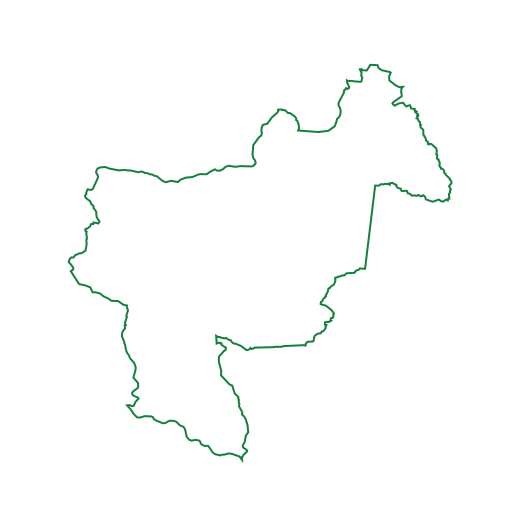 outline of Limon Indanza, Morona Santiago, Ecuador, rotated 277°
{"feature_id": "8360857B43814367991628", "entity_name": "Limon Indanza", "entity_type": "district", "adm_level": 2, "iso_a3": "ECU", "parent_name": "Ecuador", "parent_adm1": "Morona Santiago", "projection": "robinson", "projection_center": [-78.303, -3.052], "detail": "fine", "context": "isolated", "style": "outline", "palette": "green", "viewbox_px": 512, "rotation_deg": 277, "n_neighbors": 0, "source": "geoboundaries", "source_scale": "gbopen_adm2", "svg_char_len": 6049}
<svg xmlns="http://www.w3.org/2000/svg" viewBox="0 0 512 512"><g transform="rotate(277 256 256)"><path d="M56.7,256.2L54.9,264.2L51.8,267.1L54.8,266.6L55.8,267.4L57.0,267.7L60.8,270.9L61.8,270.9L62.6,270.1L64.2,266.8L65.2,266.0L67.7,266.4L69.8,267.4L76.5,267.8L80.1,269.8L87.0,268.2L93.0,265.6L95.6,263.4L97.0,261.4L99.3,261.4L105.0,257.3L106.8,257.6L109.8,256.4L111.0,256.6L112.4,255.7L113.7,255.8L117.0,251.6L124.5,248.2L125.3,245.4L133.2,235.9L138.0,235.4L146.3,232.1L151.2,231.5L153.2,232.3L153.9,233.2L157.7,235.6L158.9,237.3L161.3,237.3L163.3,233.3L164.2,232.2L164.9,232.4L165.6,231.6L165.1,229.9L165.3,228.6L164.4,227.6L171.9,226.2L171.0,228.2L171.2,229.9L170.6,231.5L170.4,235.0L171.0,236.2L170.7,237.1L169.6,238.8L169.2,241.4L168.0,242.1L166.5,244.2L166.4,246.6L165.0,251.8L161.4,258.2L162.2,260.2L163.4,261.7L164.0,261.8L163.2,263.1L164.2,265.3L164.9,265.8L167.6,284.1L168.5,287.5L168.3,288.8L168.8,290.1L169.0,292.4L170.0,294.6L173.3,314.3L173.0,315.7L173.6,316.3L174.7,316.0L176.8,317.3L177.3,318.2L177.9,322.3L178.6,323.5L182.2,323.6L184.2,324.2L186.4,326.6L187.0,329.2L187.7,330.0L189.1,330.4L189.6,331.9L192.8,333.9L193.6,333.6L194.7,333.9L195.3,333.5L196.1,334.2L196.5,332.8L198.5,332.5L199.3,334.3L199.3,336.1L200.5,337.4L200.4,338.1L200.9,338.5L201.1,337.9L202.7,337.8L203.7,338.3L203.8,339.5L205.8,340.3L207.0,339.8L208.4,340.4L211.3,337.8L215.1,331.7L216.1,326.1L216.8,326.0L218.4,326.1L219.3,327.3L222.0,328.1L222.6,329.2L223.9,329.6L224.4,330.3L225.3,330.0L229.2,331.5L232.5,331.9L233.6,333.5L234.4,333.7L237.3,336.9L240.9,337.8L244.0,337.2L244.9,339.6L245.4,339.8L246.0,342.1L247.3,344.0L247.5,346.0L249.9,348.0L251.3,355.6L252.0,356.3L253.1,356.4L255.3,360.1L256.3,360.6L256.6,365.8L340.4,365.7L340.8,369.4L342.5,371.2L342.6,373.9L343.4,375.2L343.3,377.0L343.9,378.3L343.0,380.0L344.7,380.4L345.2,382.9L344.3,384.2L343.8,386.5L342.7,386.5L340.7,388.8L340.4,391.5L338.4,392.4L338.5,395.0L339.1,396.8L338.9,398.0L336.7,399.0L336.5,401.2L334.9,403.4L335.5,405.8L335.2,407.8L336.4,409.9L335.3,412.1L335.8,413.7L336.7,414.3L336.6,414.9L335.3,416.6L332.9,417.7L331.4,424.8L334.3,430.6L333.1,432.6L332.7,435.0L335.2,437.8L334.5,439.6L336.6,439.9L336.6,440.9L341.1,439.9L342.7,440.9L344.1,440.6L345.8,441.2L348.9,439.1L352.1,441.1L353.3,441.0L354.9,440.0L355.4,439.0L356.6,438.8L359.5,434.7L360.9,433.9L361.4,432.7L363.8,432.2L365.1,430.6L365.2,429.0L366.2,428.9L366.9,427.7L368.7,426.8L369.9,427.2L372.4,426.4L372.8,425.6L374.1,425.4L374.7,423.8L377.9,423.7L378.5,423.5L378.8,422.6L382.4,422.7L384.9,421.7L388.5,416.4L388.7,415.0L387.8,414.3L388.1,413.1L390.3,412.6L391.3,410.7L394.3,409.7L395.0,408.6L395.9,408.4L396.6,407.4L401.7,406.6L403.7,403.7L405.5,403.2L406.1,403.7L406.5,402.9L408.8,402.4L409.7,401.1L411.9,399.9L412.2,398.6L413.7,399.4L414.5,399.0L414.4,399.7L414.9,400.0L415.6,399.3L416.2,399.7L418.4,396.7L419.0,397.6L419.5,396.7L418.9,396.4L419.5,396.2L419.4,395.6L419.8,396.2L420.3,395.5L421.2,395.6L421.3,392.1L424.3,390.6L423.9,388.7L422.7,387.1L424.0,385.3L426.1,383.4L424.8,379.1L422.1,375.3L423.3,373.4L424.2,372.8L425.9,374.0L432.2,381.1L434.5,380.9L436.0,380.1L439.8,379.9L441.8,381.2L441.1,378.2L441.3,376.9L442.5,373.6L446.5,367.0L450.4,366.2L454.4,367.4L454.9,366.6L455.7,358.2L457.3,354.9L460.2,353.4L459.7,346.2L453.7,343.4L453.2,338.4L454.4,338.0L453.9,336.3L450.6,338.5L447.9,338.4L446.0,339.8L442.0,339.3L441.6,338.3L441.3,332.2L441.5,330.5L440.9,325.6L441.3,324.9L439.6,325.1L434.9,328.0L434.3,328.0L432.8,326.3L433.5,325.4L433.4,324.7L432.1,324.3L431.5,323.5L430.5,323.1L429.2,323.5L418.7,319.5L417.1,319.3L415.3,319.7L413.6,321.1L410.8,322.3L406.7,322.5L404.2,321.6L401.9,319.8L398.2,319.3L394.2,318.2L389.1,312.5L386.7,303.1L385.7,282.5L388.0,283.2L391.9,282.2L395.0,280.6L395.9,279.2L397.4,279.2L399.2,277.6L401.6,273.1L402.0,271.8L401.8,270.4L404.0,267.4L404.3,265.8L404.0,264.9L404.6,264.3L403.9,260.0L402.7,260.4L400.9,259.7L395.4,254.8L388.8,251.2L386.9,246.8L383.8,245.9L380.2,246.2L379.0,246.8L376.3,246.6L373.9,244.3L365.7,239.8L356.1,240.2L352.7,241.5L350.8,243.3L349.0,244.2L347.5,244.2L345.1,242.3L344.4,240.8L343.3,229.6L342.0,224.6L342.2,217.6L340.8,214.9L338.1,212.6L336.4,209.9L336.0,206.9L337.0,204.7L333.9,200.1L331.2,197.1L330.4,190.4L329.7,188.5L326.6,183.3L325.3,177.0L322.6,171.8L319.9,169.5L320.3,162.5L318.2,157.4L319.3,153.8L323.0,148.0L323.2,145.8L324.3,142.7L324.1,140.9L324.9,138.5L324.9,135.6L325.9,133.0L325.8,131.6L324.8,128.8L325.6,121.1L325.2,118.0L325.5,116.1L324.3,109.2L324.9,99.9L326.0,95.6L325.0,90.8L323.5,88.1L321.8,87.3L319.4,87.1L316.1,89.5L314.2,89.5L302.4,85.8L301.5,84.1L301.6,80.7L297.9,79.8L296.9,80.1L295.1,78.9L293.1,79.7L289.9,85.0L287.9,85.7L285.6,88.7L283.6,89.0L281.6,91.2L279.7,92.3L278.3,92.3L275.1,93.2L271.0,96.5L269.1,95.5L269.5,90.6L267.9,90.6L267.6,88.4L264.9,87.5L262.6,85.1L262.0,83.4L260.4,83.5L259.4,85.0L258.4,84.7L252.6,86.1L251.2,85.6L247.1,86.5L240.5,86.1L237.6,82.6L237.0,79.9L235.9,78.7L234.9,76.4L232.3,75.1L232.0,72.8L230.5,71.6L227.1,70.8L224.7,73.7L221.8,76.2L220.2,76.1L218.4,74.0L206.6,83.8L206.0,90.1L204.6,95.4L200.0,98.3L200.4,101.6L199.8,105.7L197.4,109.6L195.6,114.9L193.9,118.0L194.5,124.4L191.3,130.7L191.2,133.9L189.7,134.0L186.4,135.6L180.8,134.5L179.9,135.3L173.3,134.1L171.6,135.2L171.1,134.1L168.3,134.9L165.2,133.0L162.7,132.5L159.8,132.8L154.7,135.7L153.6,135.8L152.1,136.8L147.5,138.2L144.4,139.7L141.8,142.1L139.4,143.2L135.0,148.1L131.2,150.1L128.3,150.3L120.4,149.1L115.5,154.4L112.2,155.0L110.7,154.8L106.3,150.3L104.9,149.7L103.8,150.0L102.6,151.2L101.0,156.1L100.2,156.8L96.4,154.1L92.5,153.0L91.9,151.6L92.6,148.4L92.0,146.2L88.6,150.2L84.5,153.7L81.4,157.5L81.4,160.3L83.5,165.1L84.0,171.3L83.4,173.4L81.7,174.4L80.4,177.4L78.6,184.1L79.2,186.4L81.5,189.5L82.1,191.0L82.3,194.5L81.8,197.1L78.7,201.0L77.6,204.7L76.9,205.6L74.8,206.9L68.2,209.2L65.5,212.0L64.9,214.5L66.2,218.6L65.8,222.3L64.9,223.3L63.0,224.0L62.3,225.1L61.2,227.9L61.7,231.4L61.3,232.1L55.8,236.9L54.3,239.7L53.7,244.7L54.4,245.7L55.3,249.8L56.4,251.9L56.7,253.8L56.7,256.2Z" fill="none" stroke="#15803d" stroke-width="2"/></g></svg>